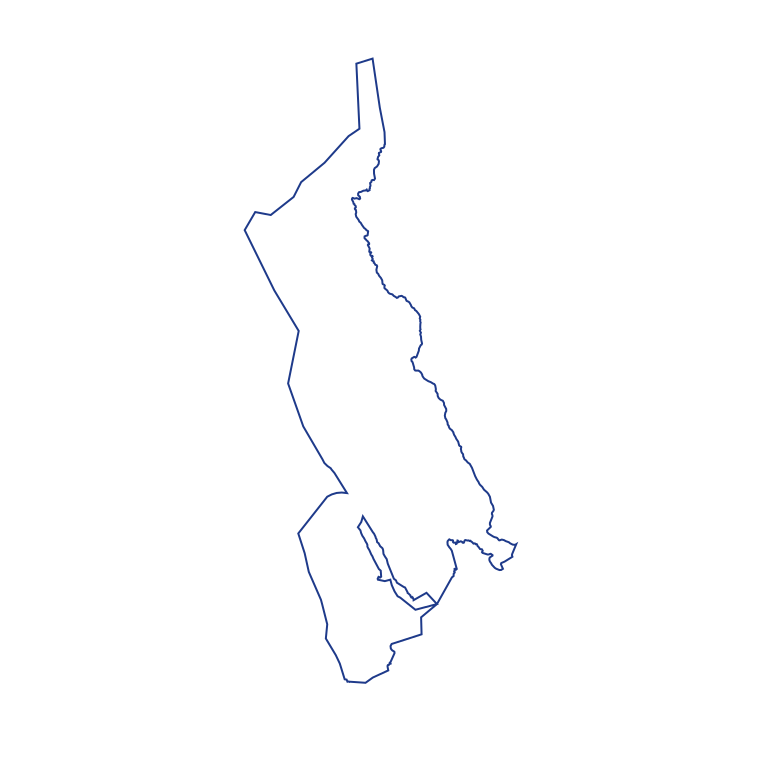 outline of Bláskógabyggð, Suðurland, Iceland, rotated 300°
{"feature_id": "244011B85102906551816", "entity_name": "Bláskógabyggð", "entity_type": "district", "adm_level": 2, "iso_a3": "ISL", "parent_name": "Iceland", "parent_adm1": "Suðurland", "projection": "albers", "projection_center": [-20.271, 64.468], "detail": "fine", "context": "isolated", "style": "outline", "palette": "blue", "viewbox_px": 768, "rotation_deg": 300, "n_neighbors": 0, "source": "geoboundaries", "source_scale": "gbopen_adm2", "svg_char_len": 6167}
<svg xmlns="http://www.w3.org/2000/svg" viewBox="0 0 768 768"><g transform="rotate(300 384 384)"><path d="M109.1,503.3L116.0,517.4L124.2,521.1L138.1,530.9L141.0,528.4L142.0,527.9L142.5,527.9L143.0,528.6L143.8,528.5L145.1,529.5L145.7,528.4L146.3,528.7L156.1,527.7L157.2,527.0L157.4,526.4L157.4,524.6L157.6,523.7L158.3,522.2L160.3,520.7L162.7,520.6L186.0,541.7L200.5,532.8L219.9,539.9L250.5,539.5L252.4,540.3L254.6,539.2L256.0,539.5L256.5,539.3L256.6,538.6L256.8,538.4L258.7,538.2L259.0,537.6L259.4,537.8L259.3,538.3L259.6,538.5L259.3,539.2L260.2,539.5L273.5,526.1L274.5,524.3L275.3,522.1L276.6,519.5L278.8,518.0L279.8,517.7L281.9,518.1L282.2,518.4L282.1,518.9L282.2,520.1L283.0,521.4L283.0,522.0L281.5,523.0L281.5,523.9L282.6,525.5L281.4,526.3L281.8,526.7L282.9,526.7L285.2,525.9L285.3,526.3L284.4,527.7L286.2,529.2L286.3,530.8L285.9,531.4L286.1,532.1L286.6,532.5L288.8,532.1L289.5,532.4L290.2,534.6L290.9,535.6L290.8,536.6L291.5,537.3L291.2,538.0L291.1,539.5L290.5,541.3L291.4,542.3L291.1,543.6L291.7,544.3L291.4,545.0L290.5,546.0L290.2,547.2L289.1,549.7L289.2,550.1L289.8,551.4L288.9,552.9L287.4,552.9L287.0,553.8L288.1,558.9L288.8,560.0L290.1,561.0L290.3,561.4L290.1,563.5L289.6,563.8L287.0,562.5L285.9,562.4L284.3,563.2L283.2,564.5L282.2,566.7L281.5,567.6L280.2,571.8L280.1,573.5L280.6,577.0L281.5,578.4L283.4,579.4L286.4,575.3L287.6,575.1L290.4,577.2L298.6,581.6L299.8,580.3L300.9,580.0L311.4,578.6L310.3,578.0L309.3,575.9L309.2,575.0L309.1,572.8L309.4,571.2L308.8,568.1L308.8,566.1L308.4,564.5L308.0,563.6L306.4,562.3L306.2,561.7L307.2,559.1L307.2,558.3L306.6,556.1L306.5,554.5L306.7,549.2L307.3,547.5L308.7,546.5L313.6,547.9L314.2,547.6L315.1,546.1L316.6,545.2L323.5,544.2L324.6,543.5L325.4,542.4L326.5,541.9L329.0,542.2L330.0,542.0L332.9,539.4L334.8,536.0L339.3,532.1L341.1,529.1L341.7,527.4L342.5,523.4L344.0,520.5L344.8,517.3L345.7,515.7L346.2,515.2L347.7,512.2L349.8,509.0L355.4,502.1L357.7,498.2L357.9,495.8L358.9,493.0L359.0,491.7L359.3,490.9L360.4,489.8L360.7,489.0L362.7,487.6L363.5,485.6L364.5,484.4L365.1,484.1L366.2,483.0L367.5,482.7L368.2,482.2L368.2,480.4L368.4,479.8L371.2,477.0L372.7,473.9L373.9,472.3L375.0,470.2L376.4,468.5L376.8,468.3L378.0,465.7L378.1,464.4L378.3,463.2L379.4,461.5L380.2,460.9L380.7,459.5L382.5,458.2L384.5,455.5L385.0,454.3L387.0,452.5L389.7,451.5L391.8,451.4L393.5,450.3L395.9,446.5L397.5,445.5L398.7,443.7L398.9,443.2L398.7,441.7L398.7,440.4L399.2,438.4L399.7,437.6L400.5,436.5L402.3,435.3L403.8,432.2L405.5,431.5L408.1,429.3L408.8,428.3L409.1,427.4L408.9,426.6L409.0,423.5L408.6,421.0L408.8,416.1L409.8,413.9L410.5,412.9L411.2,412.4L412.4,410.3L412.8,408.3L412.8,407.1L411.5,404.9L411.3,404.1L411.9,402.8L413.4,401.8L417.2,397.8L417.6,396.5L418.9,395.4L420.0,395.2L422.6,396.6L422.8,397.1L422.7,398.2L423.8,398.6L430.3,397.5L432.2,396.6L436.0,396.4L437.0,396.9L438.1,396.7L440.9,394.1L443.5,392.4L445.1,390.6L446.9,390.3L448.0,388.4L449.7,388.3L450.0,387.8L451.8,386.7L454.5,385.3L455.4,385.1L456.6,383.8L457.8,383.4L458.6,382.2L460.4,381.7L461.9,379.4L463.4,375.5L463.5,373.9L464.6,372.3L464.4,370.3L465.0,368.8L465.8,367.9L467.4,365.1L467.5,363.9L467.3,362.1L467.4,361.8L469.4,359.2L469.4,358.5L468.9,357.5L469.2,356.4L469.2,355.6L469.1,355.1L467.2,353.0L465.9,352.8L465.0,352.1L465.2,350.6L465.2,348.3L465.8,346.5L465.1,343.8L465.1,343.2L465.5,341.7L466.6,340.2L467.2,336.6L468.2,335.8L469.7,335.4L470.0,334.6L469.9,333.0L470.1,332.6L472.9,330.6L474.3,328.3L475.3,325.6L476.5,323.9L476.9,322.1L479.1,320.3L482.6,319.2L483.2,318.3L482.9,316.9L483.9,315.3L483.9,314.5L485.1,313.8L484.9,312.7L485.0,311.7L486.6,311.8L487.6,310.3L488.9,310.3L489.1,309.8L488.5,308.6L488.9,307.7L489.9,307.0L491.4,307.2L491.6,306.9L491.1,305.5L491.2,305.1L494.2,303.8L496.3,300.5L496.8,300.4L497.6,301.2L498.4,300.8L499.5,298.4L499.7,296.9L500.1,296.2L500.4,294.6L500.7,294.1L502.1,293.4L503.2,294.1L504.0,295.1L504.7,295.4L508.3,293.9L508.5,293.4L508.4,292.0L509.0,290.4L509.2,288.7L510.9,285.0L511.8,283.6L512.1,282.7L512.3,281.4L513.4,279.9L515.0,276.3L517.0,274.5L518.4,274.3L519.9,273.3L520.7,272.5L520.7,271.8L521.0,271.3L521.6,270.9L522.8,271.3L523.9,270.6L524.4,268.9L525.0,268.4L524.9,267.6L526.3,266.3L527.7,264.0L528.3,263.7L529.4,263.7L529.6,264.1L529.7,265.6L531.3,267.4L531.3,268.1L531.6,268.7L531.6,270.0L531.8,270.4L532.7,270.6L534.1,269.4L534.5,267.3L535.9,266.4L537.4,266.4L537.8,266.6L538.7,267.9L541.1,269.5L542.5,271.4L543.7,271.8L542.9,273.0L542.9,273.5L544.7,274.6L545.6,273.9L546.4,274.0L547.5,273.3L548.9,273.2L551.1,271.5L552.8,272.0L554.1,271.5L554.9,271.9L555.6,273.4L557.4,273.5L561.2,270.2L564.5,268.2L566.3,268.0L568.9,269.2L572.0,269.3L574.5,268.2L575.4,266.9L575.3,266.1L575.5,265.9L577.9,265.3L579.7,265.6L581.0,264.3L581.7,264.1L583.4,265.4L584.1,265.2L585.3,263.6L585.7,263.4L586.8,263.8L588.3,265.4L589.6,265.6L591.7,264.7L592.2,264.9L602.4,258.5L621.1,242.3L660.1,211.4L647.6,199.9L592.8,235.1L581.0,229.4L545.9,221.9L517.4,211.3L500.8,212.2L473.7,201.4L468.5,186.5L447.6,186.4L410.2,242.2L387.3,283.6L336.5,300.7L306.9,335.3L288.0,368.4L285.8,371.8L284.7,376.0L284.4,380.0L283.7,381.3L282.2,385.5L271.0,406.5L268.9,401.7L266.0,397.5L262.3,394.0L258.0,391.2L211.7,384.5L197.8,399.9L183.7,412.8L165.6,437.3L162.2,440.7L147.5,455.0L134.5,460.9L125.1,477.8L119.8,485.5L108.6,497.6L109.3,499.4L107.9,501.2L108.6,501.9L108.8,502.5L108.7,503.0L109.1,503.3ZM219.9,539.9L204.2,524.1L207.1,504.9L207.0,501.9L209.7,496.8L213.7,491.3L217.7,487.3L213.7,483.3L211.5,476.6L212.1,475.9L214.3,475.7L214.4,476.1L214.3,477.3L215.7,477.9L220.7,474.5L221.2,472.1L227.3,462.3L229.0,460.1L230.0,458.2L232.8,454.4L234.1,452.0L234.9,450.9L236.3,450.1L237.2,449.0L238.4,446.8L240.4,443.9L241.7,441.2L243.5,438.7L245.4,436.8L246.9,433.0L253.1,433.3L258.8,431.9L250.0,448.6L249.4,450.2L247.5,453.0L246.6,453.8L245.8,455.2L243.6,457.2L243.4,458.9L241.6,461.8L241.1,464.4L240.8,465.1L239.7,466.3L236.6,468.5L235.0,471.2L233.7,473.9L230.3,477.1L220.3,489.9L219.9,492.6L218.4,494.5L218.1,502.5L218.3,504.0L215.5,508.4L214.8,509.0L214.8,509.9L214.1,512.6L213.4,513.2L212.8,514.4L212.9,514.9L213.6,515.0L213.5,515.7L213.0,516.0L212.6,517.0L211.6,517.7L224.4,525.2L219.9,539.9Z" fill="none" stroke="#1e3a8a" stroke-width="2"/></g></svg>